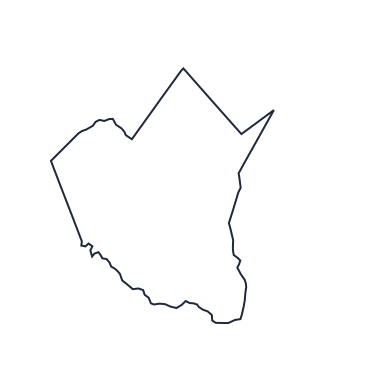 Paudalho, Pernambuco, Brazil (Natural Earth projection), rotated 44°
{"feature_id": "56859067B48734598444880", "entity_name": "Paudalho", "entity_type": "district", "adm_level": 2, "iso_a3": "BRA", "parent_name": "Brazil", "parent_adm1": "Pernambuco", "projection": "natural_earth1", "projection_center": [-35.132, -7.887], "detail": "fine", "context": "isolated", "style": "outline", "palette": "slate", "viewbox_px": 384, "rotation_deg": 44, "n_neighbors": 0, "source": "geoboundaries", "source_scale": "gbopen_adm2", "svg_char_len": 1325}
<svg xmlns="http://www.w3.org/2000/svg" viewBox="0 0 384 384"><g transform="rotate(44 192 192)"><path d="M194.0,76.2L187.3,116.0L148.5,113.0L99.9,109.1L100.0,112.7L102.3,128.6L105.0,147.7L105.8,152.8L107.0,161.0L111.1,189.1L112.1,195.8L104.9,197.1L101.7,195.7L97.1,195.2L90.6,196.4L84.3,194.4L81.8,197.0L79.6,201.8L75.4,204.4L73.9,208.6L74.7,213.1L72.6,220.4L70.5,224.6L69.6,228.6L68.9,267.6L95.4,280.0L122.0,292.3L147.0,304.0L149.6,307.4L153.2,305.1L153.3,301.0L158.0,300.2L159.5,304.7L165.0,307.8L164.6,304.0L166.5,300.3L169.9,300.8L173.6,302.0L177.1,299.6L181.5,300.0L185.7,301.8L189.5,300.8L193.1,300.6L197.1,301.0L203.3,304.1L208.5,303.6L216.9,303.0L220.5,298.6L225.0,296.5L229.3,298.8L234.5,298.2L239.7,300.6L242.7,299.4L246.1,295.0L250.5,291.4L255.8,289.5L261.4,286.3L263.0,280.5L263.2,274.8L267.3,273.6L270.5,271.0L273.8,269.4L277.0,270.0L281.8,269.0L286.2,267.0L291.7,266.7L295.8,270.4L300.0,269.6L309.1,261.1L311.8,254.2L315.1,249.8L313.1,245.7L310.8,241.9L308.1,237.5L305.2,233.3L302.5,230.0L300.4,227.4L297.1,222.8L294.3,220.4L291.1,218.6L283.7,217.1L277.1,214.9L276.1,211.4L274.3,207.7L270.7,207.7L265.8,208.3L263.0,206.3L260.4,204.0L255.1,198.1L246.4,192.5L240.1,188.7L233.4,175.2L225.6,160.1L224.1,155.2L217.4,149.8L212.6,146.2L210.4,138.3L194.0,76.2Z" fill="none" stroke="#1e293b" stroke-width="2"/></g></svg>